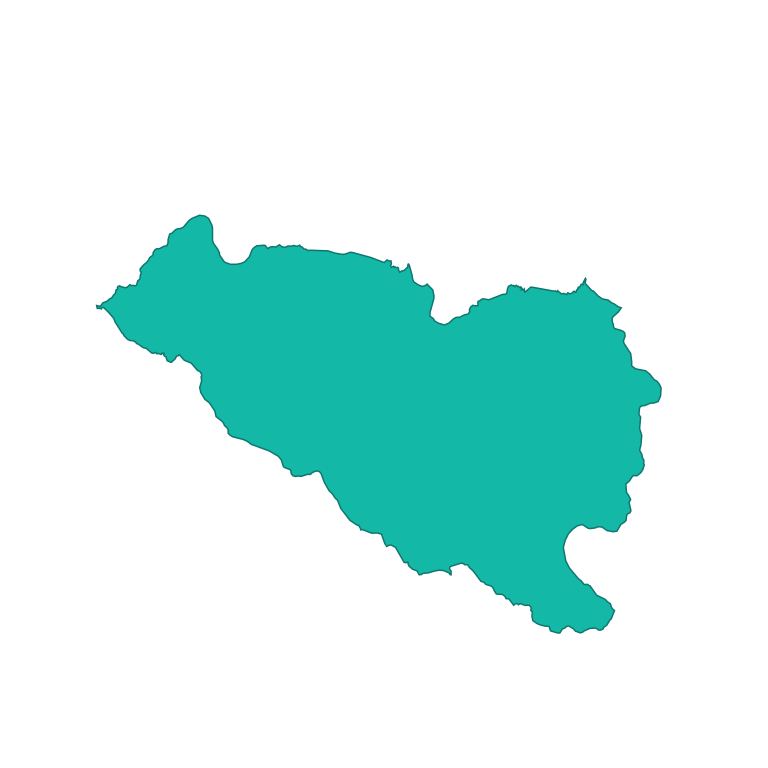 outline of Longcheng, Vientiane, Laos, rotated 201°
{"feature_id": "54806243B40000805936315", "entity_name": "Longcheng", "entity_type": "district", "adm_level": 2, "iso_a3": "LAO", "parent_name": "Laos", "parent_adm1": "Vientiane", "projection": "orthographic", "projection_center": [102.87, 19.084], "detail": "fine", "context": "isolated", "style": "filled", "palette": "teal", "viewbox_px": 768, "rotation_deg": 201, "n_neighbors": 0, "source": "geoboundaries", "source_scale": "gbopen_adm2", "svg_char_len": 6158}
<svg xmlns="http://www.w3.org/2000/svg" viewBox="0 0 768 768"><g transform="rotate(201 384 384)"><path d="M678.8,351.8L676.4,352.8L674.8,352.7L674.5,354.3L673.8,354.9L672.5,354.7L667.1,352.3L659.9,348.5L657.3,345.6L649.3,339.6L646.4,337.5L645.2,337.2L644.1,336.0L639.4,333.8L636.5,333.6L633.8,334.5L632.0,334.1L631.1,334.5L629.6,333.1L627.9,333.2L622.1,331.7L618.5,332.0L612.1,329.7L610.3,330.0L608.3,331.7L606.8,330.8L605.3,331.7L602.7,331.7L602.3,333.2L600.4,333.8L600.4,332.4L599.3,331.6L597.2,331.1L594.9,328.1L591.1,327.8L590.1,328.3L588.0,332.6L587.6,335.7L586.2,336.7L585.6,338.0L579.0,334.6L571.5,334.4L562.9,329.8L560.1,329.6L557.8,327.7L557.0,325.9L557.3,325.0L555.7,322.4L555.2,320.1L554.8,314.6L552.0,310.4L545.8,305.5L540.3,303.9L532.3,298.2L529.1,293.4L521.7,291.1L520.0,290.1L517.9,288.0L514.8,286.9L512.5,284.8L512.6,283.8L511.7,282.1L509.2,281.0L506.3,280.5L495.2,281.8L491.2,281.5L486.3,280.1L467.5,280.4L456.8,278.7L452.6,276.3L448.3,270.8L446.9,270.4L440.9,270.4L440.0,269.8L438.4,267.0L436.1,265.7L433.5,266.0L431.7,267.1L428.1,268.2L422.8,272.4L420.5,273.1L419.1,275.7L417.0,277.8L414.9,279.0L412.8,279.0L410.6,277.8L404.2,270.6L397.0,264.7L392.7,262.9L388.7,260.0L385.7,258.8L379.8,252.4L366.9,244.5L358.9,242.7L356.8,242.8L353.9,240.4L353.5,239.5L351.5,240.4L342.1,240.3L336.9,242.5L332.5,242.9L326.1,235.4L323.2,233.3L321.5,235.3L319.7,236.2L314.7,235.6L301.3,224.7L299.6,224.9L298.3,226.3L297.7,226.2L297.2,224.9L295.5,223.0L290.9,221.3L286.1,221.4L282.8,218.5L281.1,219.3L279.4,221.4L274.8,223.6L270.1,227.3L265.7,230.0L261.3,231.2L255.5,230.9L253.9,229.7L253.0,229.9L254.4,233.5L256.1,234.5L256.8,235.6L256.8,237.3L247.8,244.4L245.7,244.8L243.8,244.2L241.0,245.2L238.2,243.1L234.4,241.7L230.1,239.2L222.8,234.5L219.8,234.7L216.9,233.4L211.2,233.8L207.9,231.9L207.4,230.8L203.8,228.2L197.8,230.0L195.0,229.1L193.1,227.3L191.1,228.1L190.0,227.9L183.6,223.9L182.8,225.6L181.5,226.6L179.2,226.2L178.3,227.8L173.0,227.9L169.2,229.5L166.9,228.4L166.2,227.2L165.8,225.2L163.9,224.6L162.6,220.1L160.2,216.4L155.3,215.2L151.5,215.1L146.7,215.7L143.8,216.8L142.8,216.7L140.1,213.2L132.6,213.8L130.6,214.6L129.7,219.1L127.8,221.0L126.4,223.4L124.9,224.3L119.5,223.4L116.7,221.9L111.6,222.0L109.8,223.3L108.4,225.5L104.2,229.6L98.8,232.0L95.2,231.2L93.4,232.0L91.7,233.8L91.6,235.7L89.6,238.7L88.5,244.7L87.7,246.1L87.6,255.1L90.0,255.9L91.8,257.2L93.8,259.9L97.4,260.8L100.3,262.2L109.8,263.0L119.3,269.4L120.3,269.3L122.2,269.9L125.2,268.5L129.8,271.1L132.6,271.8L144.9,278.6L150.9,284.0L158.0,295.6L158.8,303.1L158.2,310.1L156.0,315.7L152.7,320.9L148.5,323.9L141.8,322.5L139.7,322.9L135.3,325.3L132.9,327.5L129.1,328.6L123.2,327.1L116.9,328.3L113.8,330.1L112.5,338.0L110.3,340.7L109.1,343.4L110.4,348.2L110.1,350.1L108.4,351.6L108.0,353.4L108.5,354.9L112.8,361.3L112.3,364.4L115.5,367.5L118.6,369.5L122.4,377.3L120.1,381.4L119.2,386.1L118.4,387.9L114.9,389.0L112.4,393.4L111.7,397.1L112.1,401.9L113.2,403.1L113.9,405.7L116.5,408.1L117.9,410.5L121.7,413.9L122.2,418.6L124.9,428.3L129.4,434.0L132.6,445.1L135.1,446.9L136.8,453.0L136.6,454.6L135.4,456.1L132.7,457.4L128.4,461.6L125.5,462.8L121.8,465.8L121.5,471.9L123.8,479.3L125.7,481.5L128.0,483.2L130.5,484.5L133.4,484.8L139.1,488.3L144.5,490.1L154.6,488.3L159.3,489.7L160.6,493.3L164.6,500.8L174.6,508.0L175.9,510.1L176.1,515.1L177.6,518.0L179.4,518.8L182.3,519.0L188.6,518.4L190.0,519.3L191.3,521.9L193.0,523.6L194.4,526.6L194.5,528.4L191.0,535.3L189.8,540.1L193.2,540.1L198.1,541.3L200.4,541.3L205.0,542.7L210.8,541.7L215.7,542.9L221.4,545.7L223.7,545.8L231.5,549.7L232.5,550.4L233.0,554.2L233.8,554.8L234.4,549.8L233.7,548.1L235.6,547.8L236.0,544.9L237.2,544.0L236.8,543.4L237.4,542.9L237.2,541.8L237.8,540.8L237.5,538.9L238.6,537.9L239.3,538.8L240.0,538.6L241.3,535.9L243.1,534.6L244.5,535.1L245.2,534.9L245.5,533.0L248.8,532.9L250.6,531.7L255.4,533.3L255.7,531.9L257.3,532.3L259.1,531.5L279.8,527.6L281.8,526.9L284.9,520.7L285.6,520.4L287.0,522.8L287.3,521.7L288.4,522.2L289.4,521.2L289.6,522.6L290.3,522.7L290.3,523.1L291.0,522.8L291.3,523.5L292.0,522.7L293.5,523.4L294.1,522.8L295.7,523.6L296.8,522.5L296.8,521.8L298.2,522.4L299.2,521.9L300.7,522.1L302.8,519.8L302.8,517.3L301.9,512.4L303.6,510.8L305.2,510.3L316.3,500.2L321.9,499.1L323.2,498.2L324.4,495.9L325.7,495.1L325.5,493.2L324.8,492.4L324.5,490.7L327.7,489.4L329.2,489.4L330.8,486.8L330.9,484.0L329.9,482.3L330.5,479.5L334.1,477.0L337.5,473.1L338.9,472.9L340.9,471.7L342.6,469.5L345.1,464.4L348.3,461.1L349.4,460.7L354.8,460.3L358.0,460.7L359.6,461.2L361.3,462.7L365.4,463.8L366.7,467.4L368.0,481.1L368.8,484.0L372.2,489.3L379.5,492.7L381.1,490.3L383.3,488.8L387.5,488.8L393.0,490.1L395.0,492.4L396.7,495.5L403.0,504.0L404.1,504.8L404.5,504.4L403.8,501.7L405.9,497.2L408.2,495.7L409.3,494.0L411.0,495.3L412.0,497.3L412.9,497.8L414.4,497.0L415.6,497.3L416.0,496.7L417.2,497.4L418.8,495.6L419.3,495.8L420.3,496.8L420.1,498.8L421.7,501.5L423.0,500.7L425.7,500.9L427.1,497.7L428.3,497.4L441.4,497.4L460.4,495.5L462.6,494.9L467.3,491.0L469.7,490.0L476.8,488.6L484.1,488.2L501.2,482.3L502.6,481.3L505.2,481.9L507.0,481.3L509.5,482.5L511.1,482.5L512.5,483.4L514.6,481.3L518.2,480.9L519.7,479.5L523.2,478.4L524.9,476.4L527.0,475.7L529.0,475.7L531.5,476.5L534.1,473.1L537.3,472.3L539.3,471.1L541.2,468.7L544.4,470.7L545.6,470.6L552.2,467.5L554.0,465.2L555.2,462.3L555.3,454.4L557.8,448.1L560.6,445.4L564.4,443.0L570.3,440.7L576.0,440.6L577.3,441.1L583.7,445.4L584.7,447.6L587.8,450.4L593.3,454.0L595.5,456.5L600.0,468.2L601.5,470.5L606.3,475.0L607.4,475.8L611.5,476.6L616.7,475.4L622.7,469.7L624.6,466.8L627.5,458.4L629.5,456.4L632.8,454.5L634.3,452.7L635.8,449.1L637.8,447.2L637.3,441.3L636.2,438.6L636.3,435.2L638.9,433.6L642.1,429.9L644.6,428.8L645.8,427.5L646.6,424.1L645.9,421.5L648.1,418.0L648.1,415.9L649.2,412.3L651.0,409.3L652.9,404.2L652.3,402.4L650.4,400.8L650.5,398.5L649.5,394.5L650.9,391.9L650.4,387.6L651.8,386.3L653.2,386.3L654.8,385.4L656.8,385.7L658.4,382.4L660.2,381.1L664.3,380.6L666.0,380.9L667.2,380.0L667.5,378.7L666.7,377.2L667.9,375.8L667.3,372.1L668.2,370.6L669.1,366.8L670.6,365.1L672.4,361.8L675.5,359.1L676.7,354.8L680.4,354.3L678.8,351.8Z" fill="#14b8a6" stroke="#0f766e" stroke-width="1.5"/></g></svg>